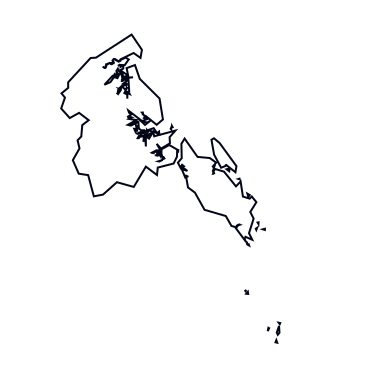 outline of Kota Baru, Kalimantan Selatan, Indonesia, rotated 314°
{"feature_id": "22746128B85816588264471", "entity_name": "Kota Baru", "entity_type": "district", "adm_level": 2, "iso_a3": "IDN", "parent_name": "Indonesia", "parent_adm1": "Kalimantan Selatan", "projection": "orthographic", "projection_center": [116.169, -3.525], "detail": "fine", "context": "isolated", "style": "outline", "palette": "ink", "viewbox_px": 384, "rotation_deg": 314, "n_neighbors": 0, "source": "geoboundaries", "source_scale": "gbopen_adm2", "svg_char_len": 5924}
<svg xmlns="http://www.w3.org/2000/svg" viewBox="0 0 384 384"><g transform="rotate(314 192 192)"><path d="M160.3,52.7L170.5,55.8L171.9,67.8L163.9,66.6L155.0,73.8L149.7,73.8L145.2,80.8L132.1,84.2L126.5,97.8L132.0,105.6L120.7,124.4L128.3,129.8L146.9,131.2L155.2,146.6L178.2,141.2L179.9,155.0L185.8,150.4L199.7,159.0L206.9,156.7L212.2,151.9L210.0,143.0L201.6,140.4L197.0,144.6L197.5,144.5L197.6,144.8L196.6,145.7L197.3,147.2L197.2,148.2L196.7,148.6L196.1,148.7L195.4,147.7L194.2,148.4L191.2,147.3L190.7,146.5L193.9,148.2L195.4,147.6L196.7,148.4L196.4,145.6L197.6,143.2L196.2,143.6L196.6,141.7L195.9,141.2L195.2,142.2L194.2,142.0L194.0,141.6L194.2,141.0L193.4,140.8L193.4,140.5L194.2,140.8L195.0,142.1L195.6,140.2L196.4,141.1L196.9,140.2L197.6,139.8L199.4,140.4L198.0,138.9L196.4,140.0L196.9,137.4L193.6,137.4L193.6,136.8L193.3,136.9L193.0,136.3L193.0,136.0L192.8,136.5L192.5,136.4L192.3,135.8L196.8,137.3L200.2,140.3L202.1,133.1L201.7,139.6L211.7,142.3L215.9,137.8L224.6,137.4L205.8,126.1L208.4,122.3L200.6,124.0L199.9,120.2L192.7,127.2L199.5,119.7L194.3,122.1L198.7,118.8L195.7,116.2L193.7,116.3L193.0,115.5L195.6,114.8L199.1,118.6L202.7,116.6L198.5,115.3L199.5,114.5L197.9,114.8L197.8,113.2L196.1,112.6L195.9,112.0L203.8,115.1L201.2,112.9L200.3,107.4L198.2,109.7L197.7,108.1L196.7,109.4L196.5,109.6L196.2,109.8L196.0,109.7L197.3,106.5L198.8,108.5L201.2,105.1L201.4,109.0L205.1,104.8L197.3,101.9L195.7,99.2L205.2,102.0L200.9,96.1L203.5,97.0L201.2,94.7L201.7,93.6L205.6,94.5L205.3,91.6L206.4,89.5L208.3,106.7L213.6,109.3L211.9,106.0L213.8,105.6L213.7,102.5L214.0,101.9L214.6,101.9L214.8,101.5L214.7,101.5L214.5,101.4L214.5,101.1L214.9,101.5L214.7,102.0L213.8,102.5L214.0,105.4L212.5,107.0L214.6,106.3L215.8,119.9L224.0,120.7L236.7,103.7L237.1,75.8L243.7,62.8L235.7,58.9L230.2,66.9L233.6,69.9L229.9,66.9L220.6,77.1L218.6,75.4L218.5,77.1L219.1,78.0L219.3,78.8L219.2,79.1L218.4,76.8L214.2,80.6L218.1,76.7L216.7,76.4L216.2,74.6L222.7,72.7L219.2,72.7L219.5,68.1L218.0,68.9L216.5,69.2L216.1,69.9L215.3,70.1L211.1,70.8L211.1,69.7L212.8,69.8L212.8,68.9L214.1,68.1L214.9,68.1L215.4,68.4L215.5,67.6L219.1,67.8L224.4,70.9L224.4,67.9L221.9,68.5L221.8,67.2L226.3,67.9L226.1,67.1L226.9,65.9L226.5,65.1L225.1,65.2L224.9,64.4L224.7,64.9L224.5,65.0L224.1,64.6L223.6,64.8L223.5,64.7L223.5,64.4L223.2,64.5L223.1,64.4L224.2,63.5L226.8,64.9L226.3,61.8L228.6,57.2L222.1,59.3L220.5,56.1L214.4,57.0L208.3,54.5L220.5,54.2L222.3,57.2L222.0,56.5L221.8,55.7L222.3,54.7L222.9,54.5L222.5,57.2L225.5,54.8L225.3,57.1L226.6,53.5L229.2,53.0L228.2,55.4L233.1,56.8L235.2,54.6L232.7,53.8L234.0,53.1L233.5,52.2L233.3,51.8L232.9,52.0L232.7,52.0L232.1,51.7L232.2,51.3L233.3,51.7L236.4,55.5L243.4,54.4L242.5,50.8L238.9,49.5L237.8,48.6L236.7,49.4L234.8,48.7L233.4,43.5L231.3,43.7L230.9,45.8L230.2,46.0L228.1,45.5L227.8,45.0L227.5,43.1L225.2,42.6L224.7,42.3L224.3,41.7L222.7,43.1L222.2,43.3L221.6,43.5L221.1,43.5L220.6,43.1L220.0,40.7L221.1,43.3L224.2,41.6L227.6,43.1L230.1,45.9L231.3,43.5L233.2,43.3L234.1,44.1L235.1,48.7L237.9,48.5L251.4,53.4L252.7,61.8L259.5,57.2L263.3,39.2L221.9,29.6L218.0,26.0L184.9,26.7L180.9,30.6L172.3,29.6L171.7,35.0L161.2,39.9L160.3,52.7ZM196.5,248.3L193.7,265.3L194.7,262.6L196.9,261.6L199.5,268.5L202.0,261.6L215.7,254.8L218.1,247.8L229.4,245.4L230.3,238.1L227.3,238.1L224.1,231.8L233.3,219.7L226.6,219.7L228.9,200.9L224.5,192.4L223.2,192.9L221.6,192.6L221.5,193.7L221.1,194.5L220.8,194.6L220.4,194.2L220.3,194.3L220.3,194.6L220.2,194.7L219.9,194.7L219.7,194.5L220.4,194.2L220.9,194.6L221.6,192.5L226.9,189.9L225.2,189.7L224.0,189.3L229.9,189.0L228.8,181.2L221.1,171.6L225.3,149.6L219.3,150.9L209.2,161.1L203.3,161.5L201.5,166.8L204.7,166.0L204.9,168.5L200.5,168.0L201.6,168.6L203.5,170.4L204.0,174.0L201.3,168.8L197.7,177.1L198.6,177.4L198.4,177.1L198.2,176.3L198.3,176.2L198.6,176.0L198.9,176.0L199.3,176.3L199.5,176.2L199.6,176.3L200.4,178.7L198.4,176.1L198.7,177.4L192.5,186.0L193.6,194.5L187.9,213.4L198.2,233.0L195.0,243.9L197.4,248.6L198.8,247.6L200.5,248.0L201.1,248.4L200.7,248.6L201.3,248.7L201.5,249.1L198.8,247.7L197.7,248.7L196.5,248.3ZM243.1,169.7L234.2,182.0L229.7,196.1L233.9,198.0L234.8,197.6L235.2,197.8L236.4,209.5L241.5,206.0L246.4,177.9L245.9,170.5L243.1,169.7ZM207.6,106.6L207.6,111.6L214.9,112.6L211.1,111.7L207.6,106.6ZM230.0,57.3L227.5,62.2L227.9,63.4L228.7,63.6L229.1,64.5L226.5,67.8L231.1,63.4L230.0,57.3ZM211.3,120.1L205.7,117.2L210.2,125.5L211.3,120.1ZM156.1,347.7L149.8,350.6L148.9,352.9L151.5,352.7L156.1,347.7ZM204.3,121.0L202.2,121.3L206.6,121.9L204.3,121.0ZM229.9,235.6L229.3,233.0L227.6,235.9L229.9,235.6ZM212.6,126.3L209.9,125.9L210.8,128.5L212.6,126.3ZM232.8,204.3L234.9,202.7L232.4,201.1L232.8,204.3ZM144.5,343.1L147.6,342.1L147.4,341.3L144.5,343.1ZM198.8,140.5L196.5,141.0L198.0,142.6L198.8,140.5ZM159.0,301.5L156.5,301.7L157.7,303.2L159.0,301.5ZM141.9,356.5L142.8,358.0L144.0,355.6L141.9,356.5ZM215.9,68.4L215.5,67.7L215.5,68.5L214.1,68.1L213.9,69.1L215.9,68.4ZM204.0,118.7L205.4,118.4L205.4,116.8L204.0,118.7ZM202.4,120.1L199.9,120.1L201.8,121.5L202.4,120.1ZM211.5,263.7L209.9,263.4L209.4,264.6L211.5,263.7ZM216.2,270.0L214.4,268.9L215.3,270.8L216.2,270.0ZM215.6,260.4L215.2,262.0L216.4,261.0L215.6,260.4ZM225.6,131.6L224.2,132.6L225.1,133.1L225.6,131.6ZM193.8,269.0L192.8,268.7L193.2,270.2L193.8,269.0ZM223.6,57.2L225.1,57.2L223.7,56.6L223.6,57.2ZM159.0,346.5L158.2,345.2L157.9,346.9L159.0,346.5ZM203.2,95.3L201.9,95.1L203.6,96.4L203.2,95.3ZM159.3,299.2L157.9,299.0L157.8,299.3L159.3,299.2ZM202.9,102.3L201.2,102.3L203.2,102.6L202.9,102.3ZM222.6,133.4L223.1,132.6L222.6,132.8L222.6,133.4ZM212.6,153.0L212.1,152.6L212.0,153.5L212.6,153.0ZM234.6,216.9L233.7,216.4L234.2,217.5L234.6,216.9ZM193.9,266.6L193.7,265.6L193.4,267.1L193.9,266.6ZM200.2,101.3L198.8,100.6L198.6,100.6L198.9,101.1L200.2,101.3ZM222.9,71.8L222.3,71.4L221.8,71.2L222.9,71.8ZM200.9,118.5L201.3,118.7L201.6,118.4L200.9,118.5ZM201.0,101.8L199.9,101.6L201.0,102.0L201.0,101.8Z" fill="none" stroke="#020617" stroke-width="2"/></g></svg>